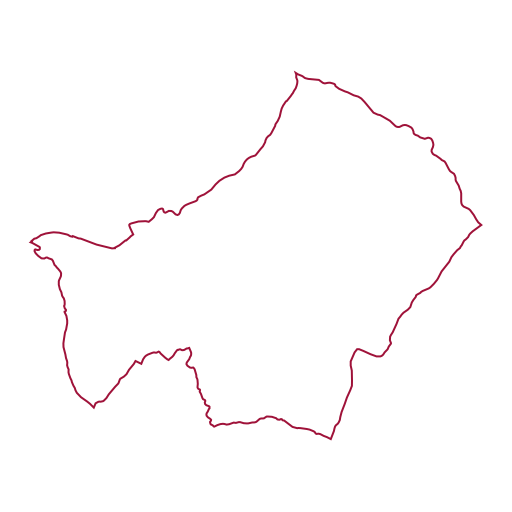 outline of Tópaga, Boyacá, Colombia
{"feature_id": "7082276B68599110832879", "entity_name": "Tópaga", "entity_type": "district", "adm_level": 2, "iso_a3": "COL", "parent_name": "Colombia", "parent_adm1": "Boyacá", "projection": "natural_earth1", "projection_center": [-72.847, 5.767], "detail": "fine", "context": "isolated", "style": "outline", "palette": "rose", "viewbox_px": 512, "rotation_deg": 0, "n_neighbors": 0, "source": "geoboundaries", "source_scale": "gbopen_adm2", "svg_char_len": 5991}
<svg xmlns="http://www.w3.org/2000/svg" viewBox="0 0 512 512"><path d="M72.8,236.1L72.4,236.7L71.0,236.4L70.0,236.1L67.9,234.8L66.6,234.4L59.2,232.7L53.6,232.3L51.2,232.6L45.8,233.5L40.9,235.1L39.2,236.4L36.4,238.2L34.3,238.7L31.5,241.1L31.8,241.5L30.7,242.3L32.4,243.0L39.6,247.0L39.9,247.7L39.8,249.1L38.9,249.9L37.4,250.0L35.3,249.4L34.9,249.6L34.6,250.1L34.6,251.3L35.2,252.4L35.7,253.3L38.1,255.8L41.3,258.2L41.8,258.4L44.3,258.5L46.2,257.5L47.1,257.5L48.6,258.3L51.8,259.4L52.9,260.8L54.5,264.9L55.8,266.1L56.8,267.5L58.0,268.7L60.3,271.5L60.9,272.7L61.1,273.4L61.0,275.5L60.8,276.5L59.0,280.4L58.8,281.4L58.8,284.8L59.9,289.2L61.4,292.3L62.1,295.7L63.0,297.3L63.8,298.3L64.6,301.0L64.7,304.1L64.5,305.2L64.1,306.0L64.8,308.4L65.9,309.7L66.0,310.2L65.7,311.1L65.1,311.6L64.6,311.6L64.5,311.9L66.4,315.9L67.2,320.4L67.2,323.4L66.1,329.5L65.0,332.4L64.0,339.0L63.4,343.3L63.5,347.1L65.4,354.5L66.0,358.0L67.1,361.2L67.3,362.8L67.1,365.2L67.6,367.1L68.6,369.4L68.5,372.3L68.9,374.1L70.4,378.2L71.5,380.4L71.9,382.1L73.4,385.6L74.8,388.0L75.5,390.3L76.8,392.8L81.0,397.2L87.1,401.5L90.0,403.8L93.8,407.6L95.6,403.3L98.3,401.8L99.4,401.6L100.6,401.7L103.0,401.2L103.8,400.7L106.4,398.1L108.8,394.3L115.2,386.7L118.2,383.6L118.6,382.9L119.9,379.3L120.4,378.7L123.9,376.6L126.5,374.2L129.0,369.8L133.8,364.0L135.5,361.0L141.3,363.8L143.1,359.3L144.8,356.8L146.1,355.6L148.0,354.5L152.4,352.8L154.0,352.4L155.5,352.7L156.5,352.7L158.7,351.6L159.6,352.1L160.6,353.5L165.2,357.7L167.4,359.4L168.6,360.0L169.8,358.8L172.3,356.8L173.6,355.3L174.8,353.2L176.9,350.4L177.5,349.9L177.9,349.8L178.3,349.9L179.3,349.4L180.2,349.3L181.8,350.1L182.8,350.2L184.3,349.9L186.6,348.5L187.7,348.4L189.2,347.9L190.9,351.9L191.2,353.0L191.1,354.9L190.8,355.8L190.1,356.9L189.2,359.2L186.8,362.5L186.5,363.6L186.5,364.3L187.5,365.8L190.1,367.6L191.8,367.8L193.1,367.5L194.1,368.4L194.7,369.5L196.3,375.0L196.4,377.2L197.3,379.1L197.5,380.0L197.8,383.9L197.5,387.2L197.8,388.1L198.3,388.8L199.9,389.6L200.0,390.1L199.7,391.7L201.0,394.0L202.4,398.0L203.1,399.2L204.8,400.0L205.2,400.5L205.3,401.0L204.8,402.5L205.1,404.0L206.3,405.2L209.0,406.2L209.5,406.7L209.5,408.4L208.9,409.0L207.8,411.5L206.6,413.4L206.4,414.6L206.6,415.7L207.9,417.3L210.3,418.9L211.1,419.8L211.0,420.6L210.0,422.0L210.4,423.7L210.8,424.4L212.7,425.3L213.8,426.5L214.3,426.6L217.4,425.1L220.4,424.1L222.9,423.8L224.5,424.0L226.6,424.6L229.2,424.2L233.7,422.6L235.9,422.9L238.9,422.1L240.0,422.1L243.7,423.2L246.5,423.4L248.2,423.4L252.1,422.5L254.6,422.4L255.7,422.1L256.5,421.7L259.7,418.9L261.0,418.5L263.8,418.4L266.5,416.6L267.5,416.5L271.9,416.8L276.1,418.2L277.4,419.4L278.1,419.6L279.7,419.7L280.7,419.1L281.6,419.1L281.9,419.3L282.5,420.2L283.0,420.4L284.1,420.5L292.5,426.9L297.3,428.2L298.2,428.0L300.3,428.1L306.8,429.0L309.6,429.6L313.7,431.3L314.8,432.1L315.6,433.4L316.4,433.9L318.6,433.7L320.3,434.1L323.7,435.9L326.9,437.1L330.8,439.1L333.9,431.1L334.5,428.3L335.1,426.5L335.8,425.4L337.9,423.6L338.8,422.2L339.8,420.0L340.3,417.0L341.6,412.0L344.7,404.0L346.9,397.6L350.2,390.3L351.9,385.9L352.0,380.6L351.8,370.6L350.7,365.6L350.7,361.4L354.6,352.4L357.1,349.2L359.1,349.2L363.3,350.9L370.5,354.2L376.5,356.4L380.4,356.4L381.8,355.8L383.2,354.6L384.6,352.4L387.6,349.3L388.8,346.5L390.9,343.7L391.0,343.1L389.9,340.3L390.1,336.7L391.0,334.9L392.7,332.3L396.5,324.0L398.5,318.7L400.2,316.7L401.6,314.7L403.5,312.7L407.8,309.7L410.3,307.1L411.8,302.5L413.4,299.9L415.6,297.1L415.9,296.4L416.1,295.4L417.1,294.6L420.4,292.8L420.9,292.1L422.6,291.0L428.8,288.4L430.4,287.3L433.8,283.9L437.0,280.0L438.0,278.4L441.6,271.4L449.3,261.7L451.4,257.2L453.6,254.3L457.2,250.2L459.9,248.1L460.9,246.2L461.6,245.5L463.7,241.4L464.4,240.4L465.8,239.4L468.1,237.1L469.3,234.7L470.3,233.5L472.7,231.3L481.3,225.0L478.2,222.3L476.2,219.3L473.8,215.0L470.2,210.2L468.7,208.9L463.7,206.6L462.2,205.1L461.5,203.6L461.2,201.7L461.2,193.4L460.7,190.9L459.7,188.8L458.7,185.6L455.9,180.9L455.6,179.7L455.6,177.9L455.1,176.0L454.0,173.8L451.1,171.9L450.0,171.0L448.8,169.1L445.6,162.9L444.5,161.4L441.7,160.0L440.6,158.9L436.2,155.7L434.3,154.9L432.8,153.8L431.6,151.6L431.6,150.0L432.9,147.1L433.4,144.9L433.1,142.9L432.3,140.5L431.2,138.8L429.6,138.0L428.1,137.7L424.8,138.8L420.2,137.4L417.9,135.7L415.5,134.9L414.1,133.9L413.6,133.0L413.5,131.7L412.9,130.0L412.2,128.6L411.2,127.5L408.5,126.0L406.1,125.1L404.6,125.0L402.8,125.3L399.6,126.9L398.1,127.0L396.9,126.8L395.6,126.2L389.8,120.7L380.1,115.1L377.7,114.6L373.5,112.7L364.6,102.0L361.3,98.5L358.2,96.6L353.7,95.3L347.7,92.3L344.9,91.4L339.1,88.8L335.6,86.2L335.2,85.4L335.1,84.6L334.2,83.9L332.4,83.3L330.0,82.7L328.0,82.8L324.9,83.4L323.9,83.2L322.8,82.8L318.9,79.9L308.2,78.9L305.8,78.3L304.7,77.9L303.2,76.7L301.9,75.9L298.1,74.4L295.7,72.9L296.3,74.6L296.2,77.4L297.3,80.3L297.4,81.5L297.2,83.5L296.6,85.8L295.7,88.3L294.1,90.7L292.7,93.4L292.2,93.9L290.7,96.1L286.8,101.0L285.9,101.4L283.1,105.6L281.7,108.5L280.9,111.4L279.7,116.7L277.7,121.0L275.7,123.9L275.3,124.8L275.2,125.8L271.4,133.0L270.2,134.8L268.1,136.3L266.6,138.0L265.5,140.4L265.1,142.3L262.9,146.4L260.5,149.1L255.9,154.9L255.0,155.6L251.3,156.7L249.1,157.8L247.4,159.0L246.2,160.2L244.9,161.8L243.7,163.9L242.6,166.8L241.2,168.9L239.1,171.1L235.9,173.6L234.9,174.4L229.2,175.7L224.4,177.6L219.4,180.8L215.6,184.4L211.3,189.6L204.3,194.4L201.3,195.6L198.1,197.3L197.5,198.5L197.4,199.6L196.7,200.5L195.6,201.2L189.6,203.4L186.3,204.8L184.4,205.9L181.8,208.5L180.7,210.2L179.9,212.8L178.8,214.4L177.5,215.0L175.6,214.4L172.8,211.7L171.4,211.0L168.9,210.9L166.3,212.3L165.3,212.7L164.3,212.3L163.7,211.6L163.0,209.1L162.3,208.6L161.2,208.6L159.8,209.1L158.0,210.1L155.9,213.0L153.9,217.2L151.9,219.2L148.7,221.8L146.0,221.2L144.6,221.2L138.5,221.5L131.4,223.4L129.9,224.0L129.3,224.7L129.3,225.6L130.3,228.3L133.2,234.5L130.7,236.3L129.7,237.4L126.2,240.5L125.5,240.4L119.4,245.3L114.7,247.8L114.8,248.2L112.0,248.4L96.6,244.6L80.7,238.6L78.6,238.4L72.8,236.1Z" fill="none" stroke="#9f1239" stroke-width="2"/></svg>